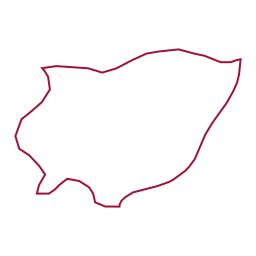 Koksan, Hwanghae-bukto, North Korea
{"feature_id": "82179303B26306903245930", "entity_name": "Koksan", "entity_type": "district", "adm_level": 2, "iso_a3": "PRK", "parent_name": "North Korea", "parent_adm1": "Hwanghae-bukto", "projection": "orthographic", "projection_center": [126.675, 38.725], "detail": "fine", "context": "isolated", "style": "outline", "palette": "rose", "viewbox_px": 256, "rotation_deg": 0, "n_neighbors": 0, "source": "geoboundaries", "source_scale": "gbopen_adm2", "svg_char_len": 761}
<svg xmlns="http://www.w3.org/2000/svg" viewBox="0 0 256 256"><path d="M42.1,68.2L44.1,70.3L48.1,76.7L49.9,89.5L45.9,95.8L41.8,102.2L29.6,112.8L21.6,119.1L15.4,136.1L19.3,148.8L29.2,155.3L39.2,165.9L45.1,174.5L39.0,185.1L36.9,193.6L38.9,193.6L48.9,193.6L55.0,189.4L59.1,185.1L67.2,178.8L79.2,181.0L89.2,187.4L93.2,193.8L95.1,202.3L105.1,206.5L119.5,206.6L119.7,204.4L121.5,200.7L125.3,197.2L133.0,192.4L157.7,186.0L169.4,181.8L173.6,179.4L185.3,170.8L189.0,166.9L194.7,159.2L205.4,134.4L212.6,122.5L226.6,103.0L233.4,90.9L237.1,82.5L239.0,74.6L240.6,59.3L236.7,60.1L230.7,62.2L220.6,62.2L204.6,55.8L194.6,53.7L178.6,49.4L158.6,51.5L146.5,53.6L132.4,60.0L116.3,68.4L102.2,72.6L88.2,68.3L56.2,66.1L42.1,68.2Z" fill="none" stroke="#9f1239" stroke-width="2"/></svg>